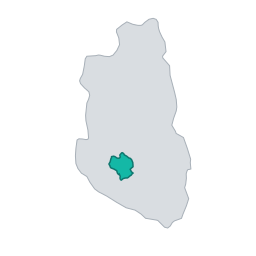 location of Punakha within Bhutan, rotated 261°
{"feature_id": "BTN-2440", "entity_name": "Punakha", "entity_type": "District", "adm_level": 1, "iso_a3": "BTN", "parent_name": "Bhutan", "parent_adm1": "", "projection": "mercator", "projection_center": [89.835, 27.687], "detail": "fine", "context": "in_parent", "style": "filled", "palette": "teal", "viewbox_px": 256, "rotation_deg": 261, "n_neighbors": 0, "source": "natural_earth", "source_scale": "10m", "svg_char_len": 2306}
<svg xmlns="http://www.w3.org/2000/svg" viewBox="0 0 256 256"><g transform="rotate(261 128 128)"><path d="M204.7,110.2L204.3,111.8L202.5,116.1L201.4,120.8L202.3,124.6L206.3,129.1L211.6,132.7L218.4,133.0L224.7,131.6L227.2,132.2L230.6,138.2L233.0,143.5L229.7,148.9L227.9,153.6L227.3,156.9L227.7,158.4L229.7,161.1L232.1,165.7L232.4,170.0L230.9,172.8L227.7,174.2L224.2,173.8L221.4,173.8L217.9,174.3L212.3,175.9L207.2,177.9L197.5,177.5L193.6,173.4L191.8,173.3L183.0,178.8L173.4,177.8L155.9,179.6L148.6,180.1L141.1,179.5L137.3,178.3L130.3,174.5L123.9,171.7L117.4,174.3L115.1,174.7L109.9,181.3L98.6,183.4L87.4,185.0L84.0,184.1L77.7,183.7L77.5,182.2L77.6,180.7L76.2,179.5L73.6,178.3L69.2,177.8L63.5,176.2L60.2,174.6L48.7,176.9L42.0,173.5L34.3,168.8L30.4,166.7L29.0,159.4L27.7,157.0L24.7,154.5L23.0,151.6L24.3,148.6L32.0,143.0L32.6,141.7L36.1,131.2L41.0,127.4L45.8,122.1L49.5,113.7L56.5,105.0L64.2,96.2L69.6,88.9L73.1,85.5L80.4,81.9L86.5,79.8L90.7,74.9L95.8,72.2L101.0,71.0L108.7,71.7L116.1,73.4L124.1,75.8L125.0,77.8L124.3,81.2L123.1,84.7L123.1,86.5L124.3,87.5L132.2,88.1L141.8,87.6L147.1,88.1L159.1,91.3L162.6,93.6L166.3,95.3L169.9,95.0L174.4,91.3L179.2,88.1L182.1,87.6L184.3,88.6L188.1,91.6L196.0,94.5L203.0,96.6L205.3,98.6L204.5,107.3L204.7,110.2Z" fill="#d9dde1" stroke="#a8b0b8" stroke-width="1"/><path d="M102.3,107.3L102.4,109.4L101.8,110.6L101.2,111.2L100.2,112.3L100.0,112.6L99.8,113.0L99.7,113.5L99.6,114.3L99.7,115.0L100.2,115.5L100.6,115.8L101.0,115.8L101.9,115.7L102.3,115.7L102.8,115.9L103.2,116.3L103.7,117.0L104.2,117.5L104.4,117.8L104.5,118.3L104.3,118.8L103.4,119.7L102.0,120.2L100.4,122.3L98.2,124.2L97.9,125.2L96.4,126.5L93.3,127.3L93.2,127.3L90.6,127.1L89.0,126.9L88.8,126.7L88.5,126.3L88.4,125.9L87.4,124.4L86.9,123.7L84.3,124.5L82.7,125.9L81.9,124.7L81.0,123.9L80.7,123.3L80.2,122.1L79.8,121.5L79.3,120.8L79.0,120.2L78.8,119.6L78.8,119.1L79.0,118.3L79.0,116.9L78.7,115.1L78.6,114.9L77.6,113.4L78.0,112.6L78.3,112.5L78.7,112.4L79.4,112.3L79.8,112.3L80.3,112.4L81.5,112.8L84.0,112.1L83.6,111.4L84.8,110.6L85.8,110.4L87.6,110.2L89.7,107.6L90.9,105.5L91.3,105.0L91.6,104.6L92.0,104.5L92.8,104.3L93.1,104.3L93.5,104.2L94.0,104.1L94.7,103.7L95.2,103.6L95.5,103.6L95.9,103.9L97.4,105.1L100.3,106.3L101.0,106.9L101.3,107.0L102.3,107.3Z" fill="#14b8a6" stroke="#0f766e" stroke-width="1.5"/></g></svg>